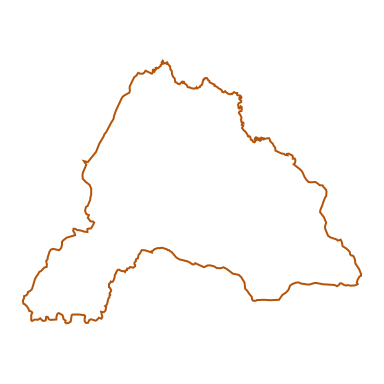 Kueneng, Berea, Lesotho (orthographic projection)
{"feature_id": "5366337B11149165517433", "entity_name": "Kueneng", "entity_type": "district", "adm_level": 2, "iso_a3": "LSO", "parent_name": "Lesotho", "parent_adm1": "Berea", "projection": "orthographic", "projection_center": [27.999, -29.014], "detail": "fine", "context": "isolated", "style": "outline", "palette": "amber", "viewbox_px": 384, "rotation_deg": 0, "n_neighbors": 0, "source": "geoboundaries", "source_scale": "gbopen_adm2", "svg_char_len": 5890}
<svg xmlns="http://www.w3.org/2000/svg" viewBox="0 0 384 384"><path d="M357.7,284.1L356.8,282.4L357.5,280.1L359.4,276.6L361.0,275.8L361.0,273.9L359.1,269.1L355.4,263.5L354.9,259.5L353.8,256.9L353.1,255.8L351.2,255.4L350.1,254.4L349.8,252.0L348.2,250.2L346.0,248.3L342.6,246.2L341.9,242.3L340.7,239.7L337.7,240.6L336.7,239.5L330.2,237.3L328.0,235.7L325.3,229.0L325.0,227.5L325.3,225.3L326.2,222.8L323.9,217.2L320.1,212.2L320.2,210.8L320.9,208.4L322.0,206.3L323.2,202.4L325.0,197.7L326.2,196.0L326.5,191.9L326.2,189.9L323.5,187.0L322.8,185.5L319.4,185.1L317.9,183.6L315.3,182.0L311.2,182.3L308.5,182.0L306.3,179.7L304.5,176.9L302.9,173.1L301.8,171.1L299.9,169.2L293.6,164.3L295.1,162.8L295.4,160.0L294.7,158.5L292.8,158.7L292.8,156.9L292.4,155.5L288.5,153.6L287.1,153.9L287.5,155.3L285.2,154.9L284.0,153.9L281.3,153.4L275.4,150.6L275.4,149.2L274.8,147.0L273.8,146.0L272.9,143.9L270.2,141.2L269.9,139.6L268.9,138.1L264.9,138.8L264.3,138.5L264.2,139.2L263.5,139.5L263.2,139.4L262.4,138.0L261.4,137.7L261.3,138.3L261.7,138.7L260.7,140.6L260.0,140.8L259.5,140.2L260.6,138.9L260.6,138.5L259.0,138.4L258.0,139.8L257.7,139.4L257.8,138.8L257.3,137.8L256.0,137.3L255.4,137.6L255.0,138.4L256.3,138.4L256.7,139.1L255.9,140.5L255.1,140.4L254.9,142.0L254.5,142.3L253.0,141.8L252.3,140.2L250.9,139.8L250.2,136.8L249.5,136.2L248.7,136.6L247.9,136.2L247.6,134.8L245.3,131.5L243.8,130.4L242.0,127.9L243.2,125.9L241.7,124.9L242.2,123.7L243.5,123.6L243.4,122.8L243.0,122.4L242.3,122.6L241.4,122.0L241.4,120.9L240.9,119.8L241.4,118.6L241.5,117.5L240.3,114.9L239.1,113.4L238.9,112.4L239.8,111.3L241.5,111.0L241.8,108.5L241.6,107.0L240.7,106.3L239.6,108.5L239.1,108.5L238.5,107.9L238.5,106.5L238.0,105.0L238.6,103.4L241.2,102.1L241.2,100.8L239.5,99.3L239.2,98.2L239.6,97.6L240.2,98.2L241.0,98.3L241.3,97.9L241.4,97.0L240.3,95.6L237.4,95.2L237.1,94.7L237.2,93.1L235.6,93.0L234.0,92.1L232.0,94.1L231.4,93.7L230.2,94.3L229.0,94.1L226.6,92.7L225.1,91.2L223.7,92.3L222.3,92.0L222.0,90.7L220.5,89.2L218.6,88.4L217.1,86.9L214.4,85.8L214.6,84.7L209.6,82.3L209.4,81.0L208.1,80.1L207.6,79.0L206.7,78.0L205.0,78.1L204.4,78.6L204.4,79.4L203.3,79.7L202.0,84.7L200.2,86.0L199.9,87.1L198.4,87.5L197.3,88.4L196.5,88.2L196.3,87.6L195.8,88.4L194.8,88.3L194.1,88.7L191.1,88.1L189.5,87.2L188.8,87.5L187.6,87.0L186.7,85.0L184.6,83.4L184.0,81.9L183.5,82.0L183.4,82.8L183.0,83.0L182.6,81.6L182.0,81.7L179.5,84.2L177.5,83.5L176.7,82.6L175.3,82.2L174.7,78.5L173.1,76.8L172.1,74.4L171.7,70.8L170.3,69.3L170.1,66.3L169.4,65.9L168.3,64.3L167.2,64.1L167.4,62.7L167.1,62.3L165.4,63.3L164.3,63.3L162.9,61.8L163.0,61.0L162.7,60.7L161.6,62.5L161.8,62.9L162.9,63.2L162.9,63.8L162.0,63.9L160.7,64.9L160.8,65.9L159.1,67.1L158.6,67.9L157.6,68.2L156.3,67.7L155.7,68.0L156.2,69.2L155.1,70.1L154.4,71.7L153.7,71.3L153.8,69.7L153.2,69.6L152.7,70.4L152.9,72.4L151.9,73.7L145.5,70.7L144.4,72.5L142.9,73.7L140.0,73.7L138.2,72.8L136.4,75.6L134.2,77.2L129.8,86.2L129.6,87.8L129.9,90.7L129.4,92.6L123.7,95.8L122.0,97.6L116.0,110.4L114.0,116.2L113.6,118.8L111.1,122.8L106.4,131.8L104.3,134.4L103.7,136.3L99.3,143.7L96.1,151.8L87.8,162.1L83.9,161.1L86.3,164.7L82.8,172.9L82.5,175.4L82.8,178.8L85.6,181.8L89.6,184.9L91.2,188.7L91.2,194.5L90.3,198.0L90.3,199.6L87.7,205.8L85.9,207.1L85.1,210.6L85.6,212.5L86.3,213.8L87.4,214.6L88.9,215.1L87.8,217.8L89.3,219.6L90.0,221.0L91.5,221.5L93.1,221.5L94.2,222.6L92.2,226.6L90.8,228.5L88.9,228.5L87.4,229.0L87.4,232.0L84.0,231.6L81.8,230.7L80.0,230.5L78.8,230.1L77.3,230.1L75.1,228.8L73.5,228.8L73.2,230.9L74.7,233.3L75.1,235.2L66.8,237.6L63.4,240.2L62.0,241.8L62.0,244.8L61.6,246.6L61.2,247.9L60.1,249.3L59.0,250.2L52.9,248.8L50.7,249.8L49.6,251.5L48.5,254.9L47.7,257.3L47.7,259.0L46.2,261.0L46.9,264.6L46.6,267.0L44.3,267.5L41.3,270.8L39.1,272.1L38.0,274.4L36.4,276.4L35.0,279.0L32.0,289.1L29.8,291.2L27.9,292.1L27.5,294.0L26.1,295.5L24.1,296.1L24.1,298.2L23.0,300.1L23.0,301.5L23.4,303.7L24.7,304.2L27.0,306.4L28.7,309.3L29.2,310.9L31.3,311.5L32.3,312.6L31.1,315.5L31.4,317.0L31.1,319.9L32.0,321.0L34.6,319.6L38.2,319.7L40.2,318.3L42.6,320.8L45.1,320.7L45.8,320.0L46.1,317.0L46.8,316.7L47.9,317.1L48.7,319.1L50.4,319.9L56.4,319.5L56.4,317.0L57.3,314.1L57.8,313.5L58.9,313.1L62.4,315.1L62.9,316.1L63.5,319.1L65.6,320.6L65.2,322.4L66.3,323.3L68.4,323.0L70.7,321.6L71.7,315.2L72.5,314.5L78.9,314.5L84.4,315.2L85.2,316.1L84.6,318.8L84.6,321.0L85.4,322.4L86.4,323.0L88.0,322.8L89.3,320.1L90.7,319.4L91.6,319.4L95.4,320.7L96.7,320.1L99.0,317.7L101.4,318.7L102.4,316.9L101.1,311.8L102.7,312.2L104.0,312.0L105.5,310.5L106.2,307.1L105.1,306.1L106.5,305.0L107.1,303.9L108.3,298.7L109.4,297.4L109.4,295.9L110.3,294.9L109.5,293.5L110.7,291.7L111.2,290.4L110.2,288.2L109.0,287.1L109.0,284.0L110.3,282.7L110.8,281.5L111.9,282.0L112.9,281.5L113.8,279.9L114.6,277.4L114.8,275.0L115.9,273.6L115.8,273.0L117.5,270.1L118.9,269.6L121.7,271.1L124.0,271.1L125.0,272.0L125.6,270.5L127.0,270.1L127.1,268.6L129.3,268.2L130.1,267.0L133.3,267.7L135.0,266.4L135.2,265.0L134.3,263.9L134.7,262.2L135.9,261.2L135.9,259.7L136.4,258.9L137.9,258.4L138.6,254.6L139.7,253.9L141.7,250.1L145.1,250.3L151.9,252.5L151.7,251.2L153.0,250.7L154.4,249.2L158.1,248.0L159.6,248.2L162.0,247.7L166.9,249.3L167.7,250.1L169.2,250.2L169.4,250.7L171.7,252.1L176.3,257.5L179.5,259.4L186.9,261.2L189.3,262.2L192.5,264.4L194.1,264.4L195.2,263.2L204.0,267.2L207.7,265.4L210.5,265.4L214.2,266.4L216.8,268.1L220.8,268.2L223.5,267.3L226.6,268.9L232.8,273.6L238.7,274.9L241.1,277.0L244.5,282.5L245.2,288.8L247.2,290.7L248.9,293.4L251.8,296.9L252.1,299.4L253.0,300.7L255.8,300.8L256.8,300.1L264.2,299.8L270.1,300.2L279.0,299.8L282.3,295.0L285.9,292.6L288.4,290.0L290.1,285.6L292.2,284.1L295.8,282.7L298.8,282.4L300.7,283.5L307.6,284.5L309.6,284.5L314.5,283.0L316.1,283.0L323.6,284.3L333.5,284.9L335.3,285.3L337.0,286.2L339.0,284.9L339.9,283.4L341.6,283.4L344.1,285.0L345.8,285.5L347.9,285.1L350.6,285.7L355.0,285.4L357.7,284.1Z" fill="none" stroke="#b45309" stroke-width="2"/></svg>